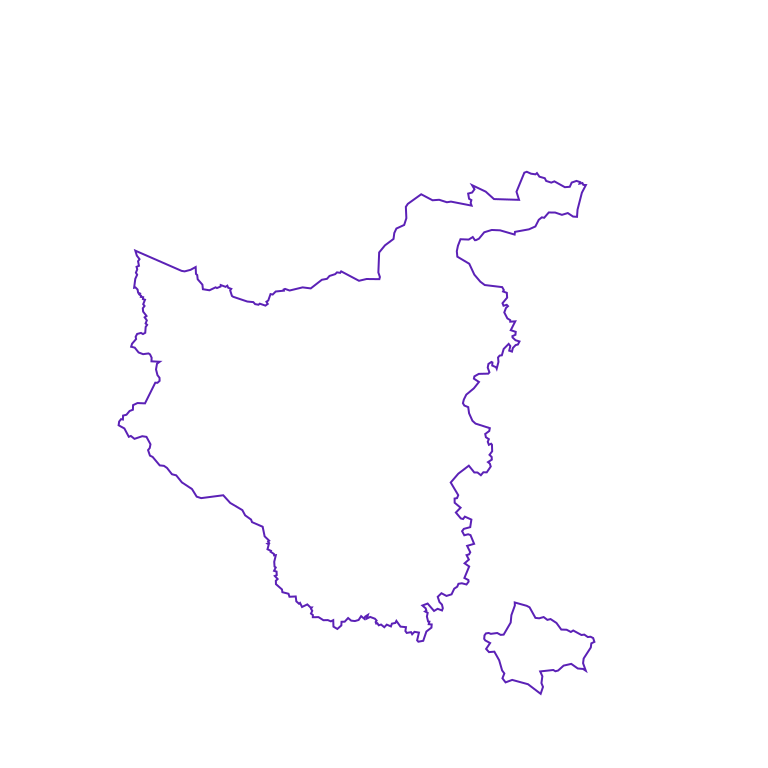 outline of Mion, Northern, Ghana, rotated 17°
{"feature_id": "2480657B42193515445029", "entity_name": "Mion", "entity_type": "district", "adm_level": 2, "iso_a3": "GHA", "parent_name": "Ghana", "parent_adm1": "Northern", "projection": "orthographic", "projection_center": [-0.239, 9.451], "detail": "fine", "context": "isolated", "style": "outline", "palette": "violet", "viewbox_px": 768, "rotation_deg": 17, "n_neighbors": 0, "source": "geoboundaries", "source_scale": "gbopen_adm2", "svg_char_len": 6154}
<svg xmlns="http://www.w3.org/2000/svg" viewBox="0 0 768 768"><g transform="rotate(17 384 384)"><path d="M518.9,134.7L516.4,135.3L515.0,133.8L512.4,135.2L512.5,133.6L508.7,133.5L504.6,136.5L504.0,141.1L499.4,142.9L487.7,140.4L485.1,142.5L479.7,142.4L477.6,140.2L472.0,140.3L468.6,137.6L467.6,139.2L463.1,139.9L458.5,139.3L456.4,140.9L454.5,161.4L459.3,168.4L435.1,175.0L425.0,170.3L410.1,168.1L413.6,171.3L412.3,175.1L408.8,177.3L411.2,182.0L413.8,182.6L413.9,185.5L415.6,187.8L394.7,190.0L391.0,191.8L382.9,191.7L376.7,194.1L364.1,191.7L354.1,204.8L353.1,208.2L356.9,218.9L356.8,226.0L350.4,231.7L349.7,236.6L350.7,242.5L344.4,251.1L340.9,259.6L346.0,279.0L348.8,282.9L348.9,285.1L336.6,288.7L329.9,292.6L310.1,288.8L309.6,290.5L306.4,291.0L305.2,293.2L300.3,296.6L298.7,300.1L294.1,302.5L286.0,314.0L277.9,315.4L266.4,322.2L261.6,322.0L260.4,323.0L261.0,324.0L253.4,327.2L251.4,331.0L249.2,331.2L248.9,338.0L247.5,339.7L249.4,341.4L247.7,343.7L241.7,343.5L240.8,344.9L237.4,345.3L235.1,343.9L229.2,345.1L214.3,344.7L212.8,344.2L209.5,339.4L210.1,337.7L206.9,337.5L205.4,335.8L204.1,337.4L198.9,337.1L199.2,338.6L196.2,341.1L194.7,340.8L189.7,345.4L183.1,346.3L181.3,342.1L175.2,338.3L173.5,334.4L172.0,333.7L169.7,327.2L165.6,331.4L160.4,334.6L157.4,335.0L107.2,329.2L110.1,333.5L113.7,336.1L112.9,338.5L115.1,342.6L113.1,344.3L114.5,346.5L114.2,350.1L116.0,351.7L115.4,356.1L116.9,365.0L118.1,364.3L120.7,365.7L122.2,368.6L124.2,368.8L123.8,369.9L125.9,370.6L126.0,371.8L128.3,371.4L128.6,373.3L130.8,373.3L130.4,378.1L132.2,379.4L131.2,382.1L132.5,385.2L137.0,388.4L135.6,390.2L138.6,392.5L138.3,395.8L140.2,396.7L139.4,399.1L140.7,404.8L138.9,406.7L136.7,406.2L133.3,408.3L132.7,411.5L133.8,413.5L131.3,419.1L131.3,422.3L135.0,422.1L140.1,425.6L144.9,425.9L149.9,423.6L151.6,424.1L154.1,426.8L155.0,430.3L163.0,428.3L161.0,431.0L161.7,436.7L164.8,441.8L167.5,443.7L168.5,446.6L167.0,449.1L164.9,449.6L161.1,472.4L153.8,474.3L150.2,477.6L151.4,482.0L148.6,484.2L146.7,488.7L143.7,490.5L144.7,494.3L142.8,494.5L141.7,497.4L142.3,501.1L148.7,502.4L155.4,509.1L157.1,507.7L161.4,509.4L168.1,504.6L172.3,504.0L178.3,509.9L178.7,513.7L177.7,516.2L181.1,520.9L184.1,521.4L193.3,527.4L197.5,526.6L201.0,527.7L207.6,532.3L212.0,532.1L219.5,537.2L231.1,540.6L237.8,546.5L242.5,546.6L262.8,537.4L271.7,542.7L285.4,546.0L289.6,550.2L296.5,552.5L298.2,554.7L309.7,556.0L314.4,564.6L320.0,567.4L319.2,568.4L320.6,569.7L319.3,570.7L320.7,571.1L320.9,576.1L324.7,576.6L324.6,577.6L328.4,578.7L329.0,580.0L330.6,579.3L331.0,586.1L332.7,590.6L334.1,591.1L333.5,594.8L336.1,594.8L337.3,598.1L335.7,599.5L339.3,601.6L338.1,603.8L339.2,607.0L346.5,610.3L347.7,612.8L354.0,612.5L355.8,615.1L361.7,613.0L363.7,617.5L367.0,619.0L367.7,617.9L370.8,621.2L375.1,617.2L379.1,619.2L380.3,618.8L379.9,620.3L381.7,621.9L381.3,624.9L383.5,625.7L384.1,627.8L389.6,626.1L395.1,627.6L399.3,626.2L402.6,626.5L404.5,624.7L406.6,630.8L411.0,631.9L413.8,627.4L412.9,623.8L415.9,622.8L418.1,618.3L421.8,619.9L425.5,619.2L428.7,617.1L430.0,612.7L433.9,614.3L434.0,612.0L436.1,609.5L436.1,613.4L438.9,610.8L443.9,611.1L446.1,612.4L445.6,614.1L446.6,615.4L447.6,614.7L449.5,616.3L451.5,614.9L455.4,616.5L457.0,613.3L461.5,613.8L461.6,610.9L464.7,609.2L465.1,606.9L470.7,611.2L476.1,610.1L476.7,614.0L478.5,615.4L482.4,613.4L484.1,615.1L485.6,612.1L490.1,611.5L490.6,619.4L492.2,620.4L496.6,618.1L496.9,608.3L500.6,603.1L499.9,600.0L497.0,600.6L496.9,598.0L495.6,598.2L493.0,593.8L492.7,590.1L489.8,589.5L490.8,588.4L489.5,586.4L485.5,584.6L489.9,581.2L498.2,586.4L501.0,583.3L505.7,583.6L505.8,581.2L503.9,578.0L500.8,576.3L497.6,571.8L500.1,567.3L505.7,568.4L510.1,565.4L511.0,559.2L513.3,556.4L513.6,553.3L516.7,551.8L521.5,551.6L522.7,548.3L522.0,546.8L517.6,546.0L518.8,533.6L513.5,531.9L516.5,527.1L513.0,523.5L515.2,522.0L515.7,519.7L510.8,514.5L516.9,510.5L510.9,503.2L508.4,503.1L505.0,505.2L501.7,501.9L502.7,499.2L508.3,495.7L507.2,488.1L500.1,487.2L499.1,490.0L496.8,490.1L490.3,485.9L493.4,479.9L486.3,476.9L485.0,472.9L487.2,471.8L487.5,468.6L476.6,458.7L481.3,448.0L489.0,437.3L496.2,442.2L499.3,441.3L503.3,442.9L504.8,439.4L508.1,438.4L510.2,431.7L508.5,429.2L506.3,428.3L509.2,424.8L508.3,422.3L505.6,420.9L507.1,416.7L505.0,410.5L503.9,409.8L502.1,411.5L500.1,408.9L500.4,406.1L497.0,405.1L495.4,402.2L498.4,398.2L498.1,395.3L483.1,395.1L479.3,393.3L473.9,387.1L471.3,381.5L467.1,381.1L465.1,379.3L464.9,375.5L465.8,370.1L471.2,361.9L474.2,354.3L468.4,352.6L468.2,350.3L471.7,346.6L480.7,343.6L481.4,342.0L478.4,338.0L478.0,334.3L480.3,331.5L481.4,331.7L482.1,334.7L486.3,335.2L487.3,336.4L487.0,329.4L485.3,325.3L486.3,323.0L488.3,322.1L488.2,315.5L491.5,309.2L493.7,310.8L494.0,315.5L496.9,315.6L496.7,311.9L498.5,308.3L500.5,307.1L501.1,303.7L497.0,303.7L493.3,301.9L492.8,300.7L495.3,298.5L494.7,295.6L489.5,295.5L491.2,285.7L486.5,287.5L486.0,286.0L482.8,285.2L478.1,280.4L478.4,275.7L479.8,273.3L478.2,272.4L475.4,274.2L473.7,272.1L476.5,265.4L474.8,260.9L470.8,260.7L471.1,259.1L468.7,256.8L451.4,259.9L446.2,258.0L438.4,253.0L430.4,244.1L416.9,240.8L414.8,235.7L414.3,230.2L414.8,223.2L422.8,221.1L425.9,217.5L428.9,219.9L429.9,219.5L432.3,217.3L435.5,209.6L442.0,205.2L450.1,203.1L465.2,202.9L464.8,200.2L477.4,193.7L482.7,189.1L484.0,181.7L486.2,178.5L488.6,178.2L491.4,171.8L497.6,170.0L504.7,170.2L509.8,166.8L515.9,168.6L519.7,167.7L518.1,160.7L517.3,143.2L518.9,134.7ZM660.8,599.2L656.0,592.8L655.2,588.1L658.8,575.5L658.1,571.4L660.6,569.1L658.3,565.8L655.4,565.3L652.9,566.4L648.8,565.1L646.2,566.3L637.0,564.4L635.2,566.5L630.5,565.6L625.3,567.0L618.8,562.1L612.0,560.1L609.2,561.8L604.8,560.2L600.9,562.7L597.2,563.4L588.5,555.0L585.3,554.4L572.9,554.7L573.9,557.6L573.4,567.8L574.9,575.1L571.7,588.7L568.9,589.8L565.1,589.0L559.2,591.7L556.9,591.5L554.4,592.7L553.6,595.0L554.3,598.4L555.8,599.6L561.2,600.7L559.1,607.5L562.8,609.7L567.8,607.7L568.6,608.5L574.9,614.5L580.7,623.4L583.7,625.6L583.3,630.8L587.5,633.8L593.1,629.5L609.5,629.0L624.4,634.5L624.6,627.2L622.0,624.0L620.9,617.2L617.4,613.2L629.5,608.0L631.9,608.6L634.3,607.1L638.1,600.8L644.9,596.9L652.5,599.4L657.7,598.3L660.8,599.2Z" fill="none" stroke="#5b21b6" stroke-width="2"/></g></svg>